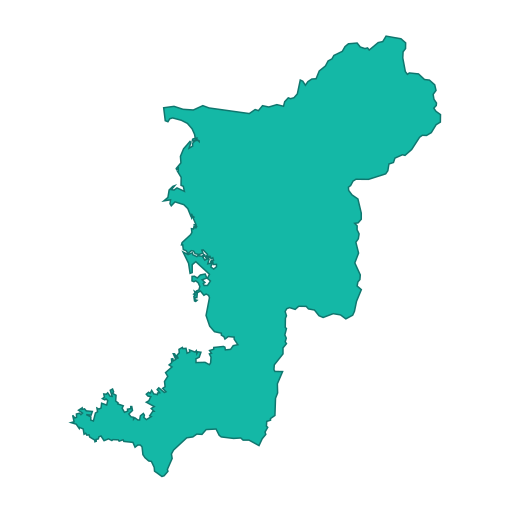 Kankintú, Ngöbe Buglé, Panama, rotated 271°
{"feature_id": "35544464B2015792153620", "entity_name": "Kankintú", "entity_type": "district", "adm_level": 2, "iso_a3": "PAN", "parent_name": "Panama", "parent_adm1": "Ngöbe Buglé", "projection": "orthographic", "projection_center": [-82.082, 8.823], "detail": "fine", "context": "isolated", "style": "filled", "palette": "teal", "viewbox_px": 512, "rotation_deg": 271, "n_neighbors": 0, "source": "geoboundaries", "source_scale": "gbopen_adm2", "svg_char_len": 6032}
<svg xmlns="http://www.w3.org/2000/svg" viewBox="0 0 512 512"><g transform="rotate(271 256 256)"><path d="M66.5,262.3L73.4,265.4L77.8,268.9L80.1,268.1L84.9,270.7L86.0,269.4L90.8,269.6L92.1,273.4L93.7,273.3L96.9,277.7L114.1,278.0L119.5,280.0L128.6,279.6L140.9,284.6L140.9,276.9L142.8,275.9L147.5,276.2L158.6,284.7L164.6,284.6L168.9,288.0L170.7,286.7L174.4,287.7L177.6,286.2L184.0,287.7L185.1,286.5L194.3,286.5L196.7,287.5L201.0,286.1L203.8,287.6L205.0,290.4L203.3,296.1L206.5,299.6L206.5,307.1L204.0,309.4L203.0,315.4L197.4,320.0L195.7,324.2L199.7,334.2L198.6,341.5L194.7,346.9L198.5,353.7L202.4,355.4L212.5,357.3L224.2,361.9L227.8,357.6L231.8,358.3L234.3,360.3L238.9,360.6L250.8,354.9L260.7,358.5L271.5,355.6L275.0,358.0L279.9,358.7L284.0,356.6L287.9,356.6L290.4,354.1L290.9,357.5L294.6,360.6L300.7,360.5L314.8,356.9L318.8,350.9L323.2,347.5L326.4,347.2L328.1,349.4L332.6,351.7L334.5,354.6L334.6,367.2L340.4,384.2L343.5,386.3L350.3,387.3L351.9,391.8L356.3,393.2L359.8,400.7L359.2,403.2L365.2,409.8L377.6,417.5L379.6,420.2L379.5,424.4L382.4,429.1L390.4,433.8L393.1,438.0L400.6,438.0L403.8,433.4L406.9,431.2L409.6,433.6L412.1,433.8L415.8,431.2L420.7,430.3L424.7,433.1L430.3,431.7L434.9,426.3L435.4,421.4L440.9,415.3L441.7,406.1L440.3,404.2L443.0,402.1L456.6,399.3L462.7,399.5L466.0,401.9L471.7,401.9L475.7,397.2L478.1,382.2L472.6,379.0L471.5,374.4L463.9,365.6L466.0,363.9L465.3,361.3L466.8,356.6L470.7,353.4L469.8,344.7L467.0,341.4L462.1,338.7L457.9,330.4L454.4,328.5L452.3,324.7L447.2,322.1L442.1,316.0L434.3,313.0L433.9,308.7L431.3,304.9L427.6,302.4L431.6,299.7L432.7,297.2L418.8,294.5L414.9,291.2L413.9,287.8L414.7,285.5L410.8,282.0L406.2,280.9L407.7,274.2L405.2,266.2L406.4,259.9L401.4,255.9L402.4,252.6L398.3,246.8L403.2,206.5L405.4,200.2L400.9,190.8L401.4,180.5L404.2,171.4L402.6,161.1L389.7,162.9L388.7,165.6L391.7,167.4L392.6,170.2L390.4,179.0L387.4,185.1L382.0,189.9L376.7,192.4L372.8,193.2L371.7,190.6L369.9,190.3L370.6,193.2L373.6,195.3L371.6,194.4L370.1,197.2L369.3,197.2L370.8,195.4L370.0,192.9L367.6,190.6L364.7,190.7L362.6,187.2L368.5,188.9L369.4,188.0L361.9,181.7L354.3,178.7L347.8,179.3L342.1,174.7L341.1,175.1L341.7,176.5L343.8,176.8L339.6,176.8L339.4,176.0L333.3,179.8L325.4,179.8L324.4,182.1L319.4,183.3L322.7,175.8L320.5,172.9L320.9,170.2L324.9,173.5L324.2,171.7L320.5,168.0L313.0,166.9L309.5,162.9L310.7,169.6L306.8,169.1L304.7,170.4L308.7,174.1L306.1,182.9L302.2,187.0L295.1,190.0L297.1,191.5L295.0,190.4L293.0,191.0L294.9,191.8L293.8,193.3L293.1,192.4L286.2,195.5L286.2,194.2L283.8,196.7L284.6,195.0L283.2,195.4L283.1,194.4L284.4,193.5L281.9,192.9L282.2,191.0L278.4,191.5L276.1,190.2L268.2,181.9L265.8,181.3L265.9,182.5L261.2,183.2L260.0,186.2L257.3,187.9L260.2,191.2L259.8,193.6L257.3,195.1L256.5,199.0L258.0,202.9L260.9,201.7L261.2,203.1L256.8,207.5L254.8,206.5L254.9,210.1L252.5,211.1L253.5,212.8L251.1,213.6L250.7,211.4L249.4,210.8L249.4,212.9L246.7,213.4L247.0,216.6L244.5,216.7L242.2,213.9L244.2,211.1L248.2,212.0L247.3,207.9L251.6,209.1L252.1,208.1L253.9,209.8L253.1,207.8L254.3,205.6L252.0,206.7L250.9,204.9L253.7,203.0L255.9,205.0L256.7,203.7L254.8,202.3L255.3,197.8L254.3,196.9L256.1,192.8L258.0,192.3L256.2,188.0L258.7,183.0L247.5,188.7L237.5,190.4L238.3,192.5L246.2,192.4L249.3,195.9L236.9,209.8L232.8,207.8L230.2,210.9L225.7,208.0L225.6,204.6L227.6,203.7L228.6,205.4L231.3,202.6L233.1,207.2L237.1,205.5L236.1,200.7L233.0,197.7L234.7,194.8L234.5,192.4L230.0,192.4L229.2,194.4L230.2,196.1L228.2,198.7L224.5,200.4L221.1,199.5L220.0,197.1L218.4,196.8L219.5,195.2L218.0,195.8L216.8,194.4L216.1,195.9L214.6,194.6L210.0,195.3L209.5,196.5L210.7,197.8L211.2,195.7L213.3,195.8L213.4,197.6L218.3,198.0L220.0,201.1L215.8,204.6L217.1,206.8L215.8,209.3L213.5,210.2L195.7,207.1L185.1,210.9L179.6,215.8L178.2,222.7L176.3,222.7L174.8,225.3L172.4,226.4L175.0,229.7L174.5,235.6L172.5,235.6L167.0,239.4L166.0,234.8L162.2,232.2L161.6,227.0L164.3,226.5L165.0,225.0L163.8,215.4L162.0,215.3L160.7,211.2L158.0,213.2L157.3,211.1L154.0,212.8L148.4,212.5L146.5,211.3L148.8,206.9L148.4,197.9L152.1,197.7L153.8,201.0L158.8,202.6L159.2,199.4L157.3,198.5L160.3,198.0L158.9,196.7L160.9,191.1L158.9,191.5L157.6,188.8L162.5,187.6L162.1,184.5L163.3,184.0L161.3,180.6L157.9,181.0L155.2,178.6L152.7,179.8L152.3,178.9L156.8,176.3L156.8,175.0L151.2,177.6L149.7,175.1L151.9,174.6L151.6,173.3L147.9,173.6L145.6,171.0L143.6,173.9L137.8,167.6L134.1,169.9L129.0,166.7L123.7,167.4L122.0,165.0L118.7,168.4L117.9,166.7L122.5,161.1L120.7,159.5L117.6,162.1L117.3,160.0L115.7,159.8L116.3,156.2L119.8,154.0L116.9,152.6L117.9,151.0L115.9,148.7L114.1,150.3L113.5,153.3L109.4,151.4L107.9,148.9L103.7,156.9L101.7,153.9L99.0,156.7L98.9,155.5L94.4,152.5L93.6,154.1L90.5,149.3L92.6,146.7L94.9,147.2L96.6,146.1L94.2,143.2L90.0,142.5L90.0,140.7L92.1,137.7L90.6,136.4L92.6,136.3L93.0,133.8L95.8,131.6L99.4,135.2L103.3,134.4L103.3,133.4L101.2,133.5L100.6,130.2L98.7,130.5L97.4,127.2L101.5,124.8L103.9,125.9L105.7,120.4L106.7,120.7L108.6,118.2L114.3,118.5L116.1,115.0L117.7,116.0L120.5,114.9L119.2,112.6L113.1,114.6L113.3,112.5L116.6,110.1L115.2,108.8L115.4,106.2L112.2,106.9L110.7,104.9L109.5,107.4L110.5,108.5L108.8,110.3L104.4,109.3L106.1,104.2L101.3,103.7L100.2,101.6L101.2,99.6L97.5,100.3L96.2,98.2L88.2,96.3L89.1,93.6L92.2,93.7L94.5,89.0L94.0,93.9L97.7,95.1L98.2,89.0L100.2,87.2L99.6,84.8L101.1,84.8L98.7,81.2L95.9,85.3L94.3,83.7L95.8,82.4L94.9,79.2L91.6,79.4L90.9,77.8L93.5,75.5L87.1,77.0L86.2,74.0L84.7,79.2L80.4,82.3L81.5,82.6L80.1,86.2L74.8,87.2L75.8,88.8L73.9,90.0L74.3,92.1L72.1,92.9L69.1,98.0L67.5,98.2L68.0,99.5L69.8,99.3L70.4,101.6L72.4,102.0L73.4,104.1L68.7,107.3L70.6,111.7L69.0,115.1L69.9,116.1L69.8,121.5L68.5,122.4L69.9,126.3L68.3,127.1L67.5,136.2L62.7,138.4L64.9,141.1L65.0,143.7L63.1,145.4L55.4,146.4L52.4,148.5L49.2,152.3L48.8,155.0L42.9,157.9L39.1,158.3L33.9,165.8L34.7,168.0L39.2,171.7L41.1,171.1L52.1,175.7L56.6,174.9L60.6,177.0L73.0,189.9L74.0,196.0L76.9,199.9L76.7,205.1L81.6,209.2L82.3,219.1L76.1,222.3L74.5,224.4L73.2,236.8L73.8,243.9L71.7,246.3L71.8,252.2L66.5,262.3Z" fill="#14b8a6" stroke="#0f766e" stroke-width="1.5"/></g></svg>